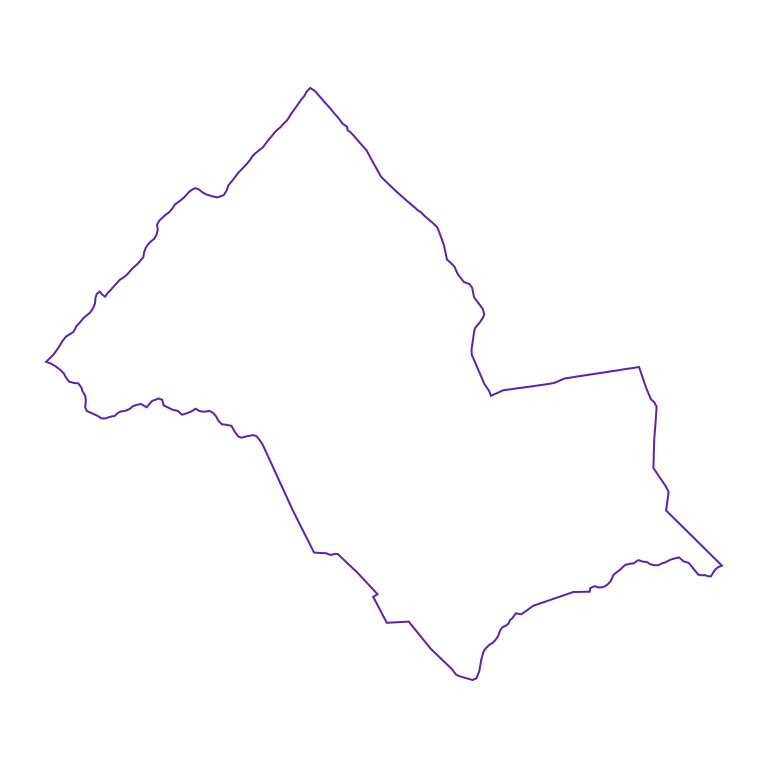 outline of Russas, Ceará, Brazil
{"feature_id": "56859067B811843204611", "entity_name": "Russas", "entity_type": "district", "adm_level": 2, "iso_a3": "BRA", "parent_name": "Brazil", "parent_adm1": "Ceará", "projection": "natural_earth1", "projection_center": [-38.174, -4.835], "detail": "fine", "context": "isolated", "style": "outline", "palette": "violet", "viewbox_px": 768, "rotation_deg": 0, "n_neighbors": 0, "source": "geoboundaries", "source_scale": "gbopen_adm2", "svg_char_len": 3688}
<svg xmlns="http://www.w3.org/2000/svg" viewBox="0 0 768 768"><path d="M310.2,88.0L306.6,91.6L304.6,95.6L301.2,99.7L296.7,106.1L293.4,110.7L291.1,113.9L289.3,116.9L287.0,120.4L283.4,123.9L280.5,127.2L277.8,129.4L275.2,131.9L271.4,136.5L268.0,140.4L265.6,143.6L263.1,147.1L260.1,149.5L255.6,153.1L252.2,156.5L250.2,159.7L246.9,163.9L241.9,169.0L238.1,172.9L234.8,177.4L231.5,181.6L228.4,185.3L226.8,190.3L223.7,195.1L217.4,197.4L212.5,196.3L205.9,194.3L202.4,192.3L199.0,189.5L195.3,188.1L192.3,189.5L189.0,191.9L184.6,196.9L180.7,200.3L175.3,204.1L172.2,208.6L169.2,212.2L165.3,215.0L159.4,220.5L157.0,224.7L157.8,229.5L156.5,234.9L153.9,239.1L150.9,241.4L147.7,244.8L145.7,248.0L144.1,252.4L143.3,257.2L141.1,259.7L138.0,263.5L134.3,266.8L131.3,269.6L128.0,273.6L124.0,277.2L119.9,279.7L116.8,283.2L113.3,286.9L111.0,289.7L107.9,292.7L105.1,296.7L102.2,294.6L99.7,291.6L96.8,293.9L95.5,297.8L95.0,303.4L92.9,308.5L89.9,312.8L83.7,317.8L80.9,321.3L76.5,326.1L73.5,331.8L65.9,336.7L62.4,341.1L58.3,347.9L53.6,354.5L46.1,361.8L51.3,363.8L55.7,366.4L60.2,369.8L63.7,373.3L65.8,377.3L69.0,381.6L73.9,383.0L78.3,383.3L81.4,387.7L82.5,391.2L85.3,396.0L85.8,400.5L85.2,407.4L86.8,411.0L91.8,413.2L98.1,416.1L101.3,418.4L105.2,418.4L111.3,416.5L114.5,416.0L117.5,413.2L120.7,411.5L125.6,410.8L130.0,408.7L132.9,406.2L136.5,404.9L140.9,404.0L143.9,405.7L146.8,407.3L148.9,404.5L152.2,400.9L158.8,398.5L162.2,399.8L163.7,405.5L168.1,407.5L171.9,409.5L177.9,411.0L182.0,414.7L187.9,412.9L192.2,411.0L195.6,408.7L199.9,411.2L204.3,411.7L209.7,411.0L213.1,412.9L216.2,416.5L218.3,420.5L221.7,424.2L226.1,424.8L231.4,425.8L234.9,432.0L238.4,436.6L241.4,437.7L247.6,436.1L253.1,435.1L256.5,436.2L259.5,439.8L262.6,444.5L293.1,511.0L314.0,552.5L318.5,552.9L322.5,553.1L325.8,553.1L330.5,555.0L334.6,553.9L337.7,554.0L357.9,573.1L377.5,594.2L373.2,596.8L386.8,622.8L408.7,621.6L430.4,648.4L452.2,669.4L456.1,674.7L460.7,676.6L472.6,680.0L476.4,678.3L479.2,671.5L480.2,666.0L481.2,660.0L482.8,654.1L484.1,650.4L486.7,647.4L489.4,644.8L492.6,642.9L495.1,640.4L497.9,636.5L500.1,630.6L502.3,627.3L505.7,625.8L508.4,623.7L510.0,620.1L512.5,618.1L515.8,613.3L521.4,614.3L533.0,605.9L541.0,603.1L545.9,601.4L570.2,593.1L573.2,592.0L589.7,591.7L590.3,588.1L594.5,586.2L598.9,587.5L602.0,587.3L605.0,586.3L608.2,583.9L610.7,581.1L612.2,577.9L613.6,574.7L616.7,572.2L619.7,570.1L622.3,567.5L625.2,564.9L629.8,563.8L633.6,563.3L638.4,560.1L642.6,561.6L647.0,562.0L649.9,564.1L654.2,565.2L658.4,565.2L661.6,563.5L665.1,562.5L670.0,559.9L673.7,558.7L679.0,557.4L683.5,561.3L688.8,562.9L698.3,574.7L701.8,575.3L704.8,575.1L707.6,576.2L710.9,576.4L714.3,570.7L717.5,567.5L721.9,565.6L666.1,510.5L668.6,491.9L665.8,486.4L653.4,468.0L654.2,439.6L655.7,420.4L656.6,406.8L654.4,402.5L650.9,399.2L646.5,388.8L639.0,367.0L633.1,368.0L623.8,369.3L618.2,370.3L611.8,371.2L606.4,372.1L601.0,372.9L595.0,373.8L590.2,374.5L583.2,375.6L576.8,376.5L572.4,377.3L564.5,378.5L554.0,383.0L549.9,383.7L546.0,384.3L531.7,386.4L510.9,389.2L503.2,390.3L490.9,395.8L489.1,390.9L484.3,383.9L482.1,378.6L471.8,354.8L471.5,349.8L474.2,331.2L475.1,328.0L480.0,322.1L482.8,317.8L484.3,314.5L482.8,309.0L480.0,305.2L476.4,300.5L474.0,297.1L473.1,292.4L472.2,287.8L469.6,284.2L463.8,281.9L457.7,274.0L454.3,266.4L449.8,261.9L447.0,259.7L443.8,244.8L439.3,232.3L437.2,227.3L432.5,222.7L428.3,219.1L424.4,215.8L421.1,212.4L418.1,210.5L414.3,207.1L407.2,201.1L394.8,190.1L381.1,176.8L373.7,163.6L366.5,150.3L356.0,138.4L353.1,134.9L350.3,132.2L347.7,130.2L347.0,126.8L342.4,123.5L339.7,119.6L337.0,116.4L334.6,113.7L331.5,109.9L326.9,104.6L323.9,101.4L320.9,97.8L318.6,95.3L315.1,91.1L310.2,88.0Z" fill="none" stroke="#5b21b6" stroke-width="2"/></svg>